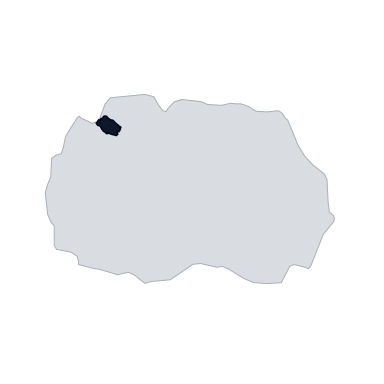 location of Vrapchishte, Vrapcište, North Macedonia, rotated 18°
{"feature_id": "65306769B7593203088025", "entity_name": "Vrapchishte", "entity_type": "district", "adm_level": 2, "iso_a3": "MKD", "parent_name": "North Macedonia", "parent_adm1": "Vrapcište", "projection": "robinson", "projection_center": [20.844, 41.875], "detail": "fine", "context": "in_parent", "style": "filled", "palette": "ink", "viewbox_px": 384, "rotation_deg": 18, "n_neighbors": 0, "source": "geoboundaries", "source_scale": "gbopen_adm2", "svg_char_len": 1999}
<svg xmlns="http://www.w3.org/2000/svg" viewBox="0 0 384 384"><g transform="rotate(18 192 192)"><path d="M173.3,103.2L179.5,104.0L193.1,100.5L201.5,95.6L205.8,94.8L211.5,93.0L219.8,93.2L228.1,95.4L238.7,92.6L249.1,88.0L253.3,89.1L257.9,93.0L260.9,94.1L278.3,114.6L287.9,122.9L299.1,129.2L311.9,133.8L316.5,138.3L324.8,160.1L328.8,168.4L334.3,170.9L335.6,173.3L335.9,176.4L329.9,191.8L327.8,226.2L326.3,228.9L319.9,228.8L311.4,229.5L308.1,232.2L304.9,250.7L291.3,256.0L278.9,259.0L268.4,258.3L250.0,253.9L243.9,253.4L238.8,255.9L222.4,257.3L215.2,260.5L198.4,282.2L181.2,289.6L175.4,293.4L162.2,288.6L156.0,288.1L146.9,293.6L127.0,294.2L121.6,295.2L106.3,296.0L105.6,293.0L102.8,288.7L95.6,286.6L81.0,288.4L77.4,285.2L71.4,266.8L66.8,263.9L61.5,257.7L52.6,237.7L52.4,229.0L53.0,221.3L48.1,203.4L51.2,198.9L55.8,196.0L55.8,188.8L54.6,177.9L60.0,156.4L61.4,154.8L62.8,155.8L75.9,157.5L79.3,154.8L81.4,150.6L82.2,134.8L85.3,127.6L116.9,113.8L126.2,113.2L133.3,119.6L139.0,123.7L142.4,123.5L143.6,119.4L147.4,111.6L153.9,107.1L173.1,103.2L173.3,103.2Z" fill="#d9dde1" stroke="#a8b0b8" stroke-width="1"/><path d="M84.4,147.6L84.6,148.3L84.4,148.8L84.1,149.3L83.6,149.7L82.7,150.3L82.6,150.5L82.5,151.1L82.3,151.7L82.1,151.9L81.6,152.0L81.1,152.1L80.8,152.6L80.6,153.0L80.6,153.4L80.6,153.7L80.6,154.0L80.5,154.4L79.6,156.1L81.6,157.7L84.3,157.7L87.0,160.3L88.0,160.7L89.0,161.7L90.2,161.7L91.5,162.4L93.0,162.9L93.3,162.7L93.0,162.6L93.3,162.3L93.1,162.0L93.4,161.9L96.3,161.9L96.3,161.7L97.1,162.0L98.7,162.0L101.0,161.7L102.6,161.7L103.5,160.1L103.1,160.0L103.0,158.9L102.3,158.5L102.7,158.4L102.8,157.2L103.7,157.1L103.3,156.5L103.9,156.4L103.9,155.7L104.3,155.8L104.4,154.3L103.9,154.4L104.1,153.3L104.3,152.7L103.8,152.6L104.1,152.4L103.9,152.1L101.3,151.5L100.9,151.1L100.5,151.1L100.5,150.9L99.8,150.8L98.2,150.0L97.8,150.2L96.7,149.2L94.9,148.4L93.6,148.2L92.3,148.6L89.2,147.5L88.4,147.8L88.1,146.8L87.5,146.4L85.7,146.6L84.4,147.6Z" fill="#0f172a" stroke="#020617" stroke-width="1.5"/></g></svg>